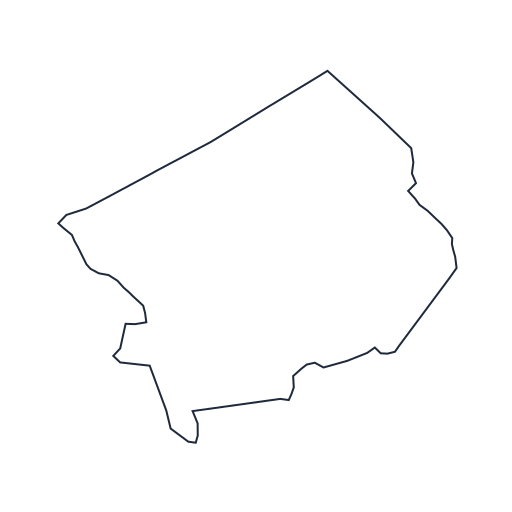 Amaraji, Pernambuco, Brazil, rotated 278°
{"feature_id": "56859067B36285576178604", "entity_name": "Amaraji", "entity_type": "district", "adm_level": 2, "iso_a3": "BRA", "parent_name": "Brazil", "parent_adm1": "Pernambuco", "projection": "mercator", "projection_center": [-35.48, -8.359], "detail": "fine", "context": "isolated", "style": "outline", "palette": "slate", "viewbox_px": 512, "rotation_deg": 278, "n_neighbors": 0, "source": "geoboundaries", "source_scale": "gbopen_adm2", "svg_char_len": 1060}
<svg xmlns="http://www.w3.org/2000/svg" viewBox="0 0 512 512"><g transform="rotate(278 256 256)"><path d="M270.3,62.5L260.8,55.7L257.3,60.8L251.2,70.8L245.4,74.3L240.0,78.4L233.3,83.0L224.1,89.3L220.2,94.0L217.0,102.7L216.6,112.7L212.2,122.3L206.1,129.5L202.5,135.1L199.0,139.8L191.1,151.2L184.1,154.1L175.1,156.6L171.7,145.8L170.7,136.3L145.6,134.4L137.2,128.6L131.7,136.3L132.6,166.0L90.4,188.7L73.2,195.5L62.7,214.8L62.7,222.3L70.1,223.3L82.1,221.5L93.6,214.8L117.9,300.0L117.9,308.5L124.2,310.3L131.1,311.7L142.3,309.5L150.9,316.8L155.6,321.4L158.5,329.1L155.0,338.4L164.8,360.8L175.5,379.6L181.9,386.4L177.0,393.1L177.6,399.8L180.5,406.9L187.2,410.3L260.8,450.5L272.0,456.3L282.8,453.4L289.4,450.5L295.2,448.3L301.0,447.9L308.0,441.6L313.5,435.3L318.2,428.6L324.7,419.6L329.4,410.8L334.9,405.6L341.6,397.6L350.4,404.3L359.5,398.9L370.7,398.8L384.4,394.7L409.9,359.5L449.3,301.0L439.1,288.7L405.5,247.4L385.3,222.9L362.6,195.3L327.3,146.6L322.0,139.6L302.3,112.7L295.9,104.0L279.3,81.1L270.3,62.5Z" fill="none" stroke="#1e293b" stroke-width="2"/></g></svg>